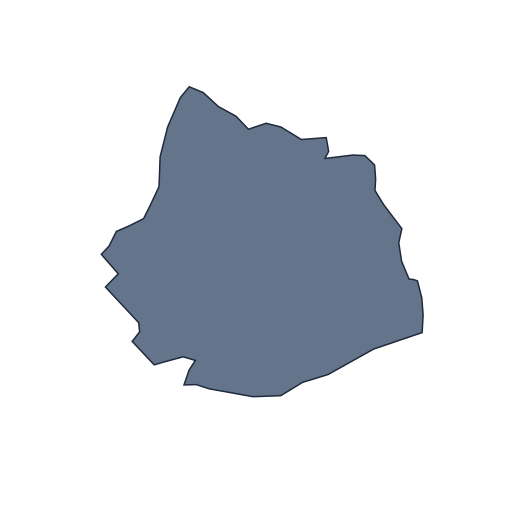 map outline of Kyenjojo (Albers equal-area conic projection), rotated 137°
{"feature_id": "UGA-3107", "entity_name": "Kyenjojo", "entity_type": "District", "adm_level": 1, "iso_a3": "UGA", "parent_name": "Uganda", "parent_adm1": "", "projection": "albers", "projection_center": [30.656, 0.613], "detail": "fine", "context": "isolated", "style": "filled", "palette": "slate", "viewbox_px": 512, "rotation_deg": 137, "n_neighbors": 0, "source": "natural_earth", "source_scale": "10m", "svg_char_len": 829}
<svg xmlns="http://www.w3.org/2000/svg" viewBox="0 0 512 512"><g transform="rotate(137 256 256)"><path d="M139.0,280.3L116.1,263.6L107.9,255.2L107.2,241.7L116.0,230.7L124.3,222.8L127.6,206.6L130.7,176.5L142.6,168.3L153.1,152.8L159.8,134.8L157.0,131.6L154.9,127.7L163.3,112.3L174.1,98.8L186.7,86.7L233.4,107.7L284.2,120.2L308.0,131.8L333.2,137.0L354.1,155.1L380.8,190.7L387.4,202.7L396.6,210.8L382.7,218.2L371.6,221.0L378.1,232.0L395.5,241.2L404.7,245.8L404.8,278.0L392.8,279.9L387.3,287.2L387.3,336.0L368.9,336.9L368.0,362.7L356.7,363.5L341.3,369.2L328.4,364.6L312.7,360.0L298.0,365.5L279.6,372.9L258.4,394.0L232.7,410.6L203.2,423.5L189.4,425.3L183.1,411.3L181.6,390.9L175.3,371.9L175.1,353.9L158.1,346.2L149.8,333.3L143.4,310.3L123.9,294.7L131.5,283.0L139.0,280.3Z" fill="#64748b" stroke="#1e293b" stroke-width="1.5"/></g></svg>